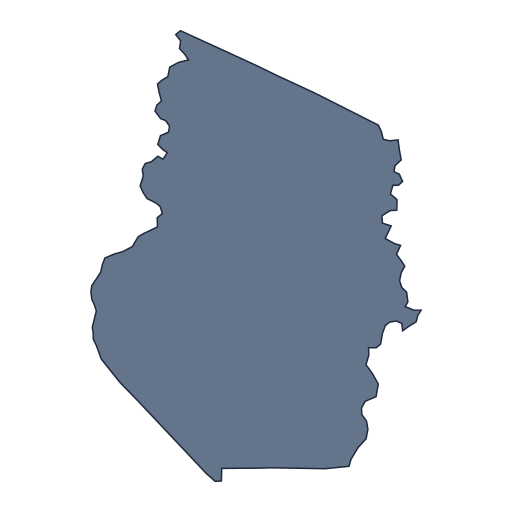 Tupãssi, Paraná, Brazil (Mercator projection)
{"feature_id": "56859067B37037005720228", "entity_name": "Tupãssi", "entity_type": "district", "adm_level": 2, "iso_a3": "BRA", "parent_name": "Brazil", "parent_adm1": "Paraná", "projection": "mercator", "projection_center": [-53.504, -24.635], "detail": "fine", "context": "isolated", "style": "filled", "palette": "slate", "viewbox_px": 512, "rotation_deg": 0, "n_neighbors": 0, "source": "geoboundaries", "source_scale": "gbopen_adm2", "svg_char_len": 1666}
<svg xmlns="http://www.w3.org/2000/svg" viewBox="0 0 512 512"><path d="M101.3,359.1L120.0,382.5L137.7,400.7L206.4,473.6L215.1,481.3L221.4,481.0L221.7,468.4L260.3,468.1L271.0,467.8L325.2,468.7L349.0,466.3L351.1,459.1L358.1,447.5L366.1,438.8L367.9,429.2L366.5,421.0L361.8,414.5L361.5,408.0L365.2,401.3L376.1,396.6L378.3,384.1L372.7,374.0L366.0,364.7L368.8,355.1L368.6,347.7L376.1,347.8L380.6,344.1L382.5,333.3L385.3,325.6L389.5,322.2L396.2,321.0L401.8,323.5L402.6,330.8L409.3,326.0L416.1,321.9L417.7,315.7L421.1,310.2L414.1,310.2L405.2,306.6L407.9,301.9L406.6,292.1L401.8,287.5L399.6,280.7L401.2,272.7L404.8,266.2L401.8,261.6L396.5,254.2L400.6,245.4L394.5,243.6L385.2,238.5L391.2,225.9L382.5,223.2L381.9,215.8L390.2,210.6L396.8,210.2L397.0,199.6L390.4,194.0L392.9,185.3L398.4,185.3L402.6,181.4L399.3,174.1L394.0,171.8L395.0,165.7L401.2,159.9L399.3,149.4L398.1,139.9L389.7,140.8L383.3,139.3L381.3,131.3L378.3,125.1L315.1,93.2L276.5,75.3L257.0,65.8L233.8,55.1L180.4,30.7L175.7,34.6L180.7,40.9L179.5,48.6L184.9,54.4L188.4,59.9L178.5,62.4L169.8,67.1L167.8,76.6L161.7,80.3L157.5,84.0L159.1,92.3L161.4,100.9L156.8,105.2L155.0,111.1L160.7,118.7L165.5,120.5L169.5,126.0L168.6,132.1L160.5,135.6L157.8,144.5L163.0,149.8L167.3,152.7L163.0,159.2L157.8,156.2L151.4,161.7L145.2,163.5L142.3,169.2L143.2,176.2L140.1,185.9L143.4,193.1L147.1,198.6L155.7,202.9L160.2,206.5L162.3,213.6L157.2,217.7L157.5,226.9L143.5,233.6L138.2,236.7L132.3,246.6L122.3,251.8L114.3,254.0L105.0,257.9L102.4,264.4L100.7,272.1L96.8,278.2L91.8,285.6L90.9,292.1L91.8,299.2L94.3,304.7L96.3,310.9L92.3,327.4L93.2,333.1L93.2,338.8L96.5,345.9L101.3,359.1Z" fill="#64748b" stroke="#1e293b" stroke-width="1.5"/></svg>